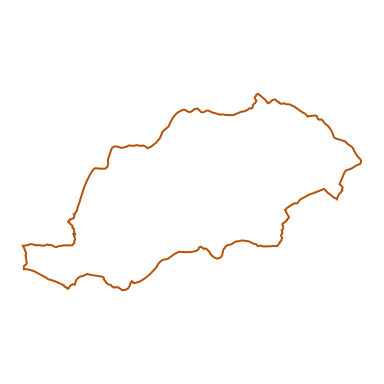 Bucosnita, Caras-Severin, Romania
{"feature_id": "2599482B80081706534230", "entity_name": "Bucosnita", "entity_type": "district", "adm_level": 2, "iso_a3": "ROU", "parent_name": "Romania", "parent_adm1": "Caras-Severin", "projection": "albers", "projection_center": [22.186, 45.297], "detail": "fine", "context": "isolated", "style": "outline", "palette": "amber", "viewbox_px": 384, "rotation_deg": 0, "n_neighbors": 0, "source": "geoboundaries", "source_scale": "gbopen_adm2", "svg_char_len": 5869}
<svg xmlns="http://www.w3.org/2000/svg" viewBox="0 0 384 384"><path d="M336.9,199.3L338.3,195.5L339.1,194.3L340.1,193.0L340.9,192.4L341.6,191.1L342.3,190.6L341.8,189.2L342.7,188.1L342.0,186.4L340.9,185.3L339.5,184.3L344.8,171.7L346.5,170.2L350.8,168.9L357.1,165.1L359.9,164.1L360.8,162.8L361.0,160.7L360.1,159.0L357.6,156.4L356.3,154.5L354.3,151.1L352.7,147.6L350.6,146.0L348.4,144.6L345.0,141.3L335.2,138.3L334.0,137.3L331.9,131.5L328.9,127.0L326.8,125.0L324.6,123.2L322.7,120.4L321.3,119.4L320.5,119.6L319.7,119.7L318.9,119.5L317.9,118.9L317.5,118.0L317.2,117.2L317.0,116.4L315.7,115.4L314.0,115.7L311.5,115.8L309.3,116.3L308.6,116.1L307.5,115.8L307.4,116.2L305.2,113.7L303.4,112.9L299.0,110.0L297.0,108.4L296.3,108.1L294.8,106.9L293.0,105.9L291.5,105.5L290.1,104.5L288.6,104.3L286.0,104.2L283.8,103.2L282.7,103.7L281.1,103.9L280.2,103.2L279.8,103.3L279.0,102.8L279.0,102.4L278.4,101.7L277.3,101.6L275.3,99.5L273.6,99.7L272.5,100.0L269.6,102.7L269.1,102.4L267.7,103.2L266.0,100.7L265.2,99.7L258.1,93.8L256.9,94.3L256.3,94.8L255.8,96.2L254.7,97.4L254.9,98.6L255.6,99.6L256.4,100.4L256.4,101.1L255.9,101.6L255.4,102.8L252.9,104.8L252.8,106.4L252.3,108.0L251.1,108.5L249.6,108.2L246.9,110.2L244.2,111.4L242.0,111.6L241.6,111.7L237.2,113.4L232.9,115.2L225.1,114.9L223.1,114.3L221.3,114.6L219.4,114.5L216.3,113.5L213.2,112.8L208.2,110.6L206.6,110.6L203.6,112.2L202.3,112.4L200.8,111.8L197.7,108.6L194.5,109.0L193.3,110.0L192.2,111.0L190.2,112.1L188.8,111.9L187.5,111.4L186.3,110.8L185.3,109.9L183.6,109.7L180.7,110.9L178.0,112.3L175.4,114.6L172.4,118.6L169.8,123.4L169.2,125.1L168.4,126.7L165.6,128.9L163.0,131.2L162.1,132.8L159.8,138.4L157.9,140.4L156.2,142.6L151.0,146.7L147.5,148.2L144.7,146.1L143.0,145.5L140.7,145.9L137.5,145.2L135.7,145.3L134.4,145.7L133.0,145.8L128.7,145.5L126.6,146.6L124.4,147.4L120.8,147.9L118.6,147.0L116.4,146.5L114.7,146.4L112.7,147.4L111.6,148.7L108.3,158.4L108.0,159.7L107.9,161.0L108.0,162.3L108.3,163.6L107.4,166.7L105.7,168.4L104.4,168.7L100.6,168.7L96.7,168.3L94.8,168.3L92.9,170.1L89.9,174.8L86.7,181.4L83.8,188.2L79.1,203.4L77.7,206.8L77.1,209.9L75.9,212.2L74.6,213.7L74.4,214.0L74.5,214.3L73.8,214.4L74.5,215.6L74.1,216.5L74.1,217.6L72.8,218.7L72.2,218.7L71.7,218.9L71.2,219.3L70.8,219.5L70.1,219.3L69.1,220.4L69.1,220.7L69.2,221.0L68.9,221.6L68.1,221.9L68.3,222.2L69.1,222.7L69.6,223.0L70.0,223.8L71.1,224.5L72.0,225.3L72.4,225.9L72.4,227.7L72.7,228.1L73.0,228.0L73.4,228.5L73.9,228.8L74.0,229.0L73.9,230.8L73.9,231.1L74.2,231.6L74.1,232.3L74.2,232.6L75.0,233.6L75.1,233.8L74.8,234.4L75.0,235.0L74.8,235.2L74.3,234.4L74.0,234.0L73.7,233.9L73.3,234.0L73.9,235.5L74.1,236.2L74.5,237.0L74.8,238.4L74.9,239.1L74.8,239.5L74.8,239.9L74.4,240.6L74.2,241.6L74.4,242.4L74.5,242.7L73.7,243.3L72.9,244.7L72.6,245.1L72.3,245.2L71.1,245.3L68.7,245.3L66.9,245.4L63.8,245.3L62.6,245.7L60.8,245.8L58.5,246.2L57.5,246.6L56.8,247.0L56.6,247.0L55.9,247.0L54.3,246.6L53.9,246.5L52.6,245.6L51.1,245.1L50.7,245.0L48.7,245.0L47.6,244.5L46.7,244.7L45.7,245.1L45.0,245.5L43.0,245.5L42.3,245.8L41.9,245.5L40.0,245.4L38.1,244.9L37.0,245.5L36.4,245.2L35.3,245.1L34.5,244.9L32.4,244.2L31.2,244.1L29.5,244.4L28.2,244.9L25.7,245.5L23.9,245.8L23.3,246.0L23.0,245.9L23.2,246.6L23.8,247.4L24.6,249.0L24.7,249.9L24.9,250.4L25.4,251.2L25.7,252.4L26.1,252.8L26.1,253.3L25.9,254.2L25.5,255.3L25.6,255.6L25.9,256.0L26.0,256.2L25.8,256.8L25.9,257.6L25.8,258.0L25.9,258.4L26.1,259.0L26.3,259.9L26.5,261.5L26.6,262.1L26.8,263.7L26.2,264.3L25.3,265.0L24.9,265.2L24.1,265.9L23.9,266.7L23.9,267.0L23.8,267.3L23.8,268.6L23.9,269.2L27.1,269.2L33.6,271.0L45.1,277.1L48.3,279.2L53.8,280.8L63.8,285.2L63.8,285.9L65.5,287.3L65.9,287.2L66.7,287.4L66.8,287.9L67.9,288.8L68.8,288.1L69.8,286.4L70.5,285.6L71.0,285.1L72.7,284.3L75.0,284.5L74.9,283.9L75.0,283.4L75.6,281.9L75.9,280.6L76.4,279.9L77.4,278.7L79.1,277.2L80.6,276.5L82.1,276.2L85.1,275.1L85.9,274.8L86.6,274.1L87.1,274.0L87.8,274.0L89.5,274.7L90.3,274.8L94.0,275.5L96.2,275.7L100.1,276.4L100.4,276.3L102.3,276.7L102.7,276.9L103.0,277.3L103.6,277.7L103.8,278.0L104.0,278.3L104.0,278.9L103.8,279.0L103.1,278.9L104.2,279.7L104.7,280.6L105.9,281.9L106.1,282.5L106.4,283.1L107.1,283.3L107.4,283.8L108.2,284.3L110.5,285.0L111.0,285.2L112.2,286.6L112.9,286.9L113.7,287.6L114.1,287.6L115.3,287.1L117.0,287.4L117.8,287.4L118.1,287.2L118.4,287.3L119.0,288.0L120.8,289.1L121.6,289.8L122.1,290.1L122.4,290.2L123.4,290.0L124.6,290.1L126.4,289.4L128.1,288.4L129.7,285.8L130.4,283.3L131.8,281.2L132.7,281.7L132.9,282.6L134.1,283.1L135.8,282.8L140.3,281.3L144.5,278.6L149.5,274.7L155.9,267.9L158.8,263.1L161.1,260.9L163.9,259.5L165.4,259.4L166.3,259.2L168.1,258.6L174.4,254.1L176.6,252.9L178.9,251.8L184.0,252.1L189.1,252.1L191.7,251.9L196.3,251.0L198.6,249.1L198.8,247.8L200.2,246.8L201.1,246.7L201.5,247.2L204.0,249.0L204.9,248.4L206.1,248.7L207.4,249.7L208.3,250.9L209.2,251.6L209.8,252.6L209.9,253.4L213.5,257.1L216.6,258.5L217.7,258.5L219.2,258.1L220.8,257.4L222.1,255.3L223.3,249.8L226.1,246.0L227.9,245.0L230.2,244.6L232.4,243.8L234.9,241.9L236.3,241.5L239.3,241.1L241.4,240.5L243.0,240.5L248.5,241.3L253.9,243.8L255.1,244.1L256.3,244.3L257.1,245.6L258.2,246.2L260.2,245.6L261.7,245.9L263.1,246.5L272.1,246.2L273.1,245.8L275.2,246.1L277.3,246.0L279.6,243.0L279.8,242.4L280.1,241.8L281.1,241.0L281.2,240.5L282.0,238.3L281.9,237.7L281.2,235.9L281.3,234.7L282.4,233.1L281.8,230.6L281.7,230.1L283.1,228.8L283.2,228.1L283.2,227.2L283.1,225.9L282.7,225.3L282.4,224.5L282.6,223.6L284.2,222.7L284.8,222.2L285.2,221.6L285.9,221.2L286.9,220.5L287.0,220.1L286.9,219.6L287.2,219.1L287.7,218.9L288.6,218.1L288.9,217.5L289.0,217.1L287.6,214.8L285.0,209.8L286.2,209.1L286.5,208.3L287.5,207.6L293.2,203.9L294.7,203.2L296.3,203.5L297.2,203.2L297.9,202.5L300.4,199.3L306.4,196.2L308.5,194.9L316.7,191.9L324.1,188.9L328.0,193.0L330.0,194.2L330.9,195.0L332.2,196.3L334.3,197.8L335.6,198.2L336.9,199.3Z" fill="none" stroke="#b45309" stroke-width="2"/></svg>